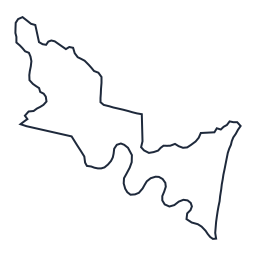 outline of Navegantes, Santa Catarina, Brazil
{"feature_id": "56859067B7965125554274", "entity_name": "Navegantes", "entity_type": "district", "adm_level": 2, "iso_a3": "BRA", "parent_name": "Brazil", "parent_adm1": "Santa Catarina", "projection": "robinson", "projection_center": [-48.723, -26.826], "detail": "fine", "context": "isolated", "style": "outline", "palette": "slate", "viewbox_px": 256, "rotation_deg": 0, "n_neighbors": 0, "source": "geoboundaries", "source_scale": "gbopen_adm2", "svg_char_len": 2187}
<svg xmlns="http://www.w3.org/2000/svg" viewBox="0 0 256 256"><path d="M86.9,165.9L91.2,166.5L94.4,167.7L97.9,168.4L101.2,168.4L104.5,167.4L108.0,164.5L111.0,161.0L112.8,157.4L113.6,153.7L114.2,148.7L116.8,144.8L120.9,143.5L124.2,144.8L128.0,147.8L131.9,155.1L131.7,162.2L129.7,167.7L126.5,173.7L124.0,178.2L123.7,183.4L125.2,188.7L127.3,192.2L130.5,194.7L135.0,194.4L138.9,192.8L142.6,188.5L144.9,184.4L146.8,181.3L150.7,178.2L155.6,176.7L158.9,176.9L162.6,179.0L165.3,182.8L165.8,186.7L164.2,191.6L162.3,196.1L162.3,200.4L164.7,204.4L169.4,206.5L174.3,205.1L178.8,201.6L183.4,199.8L187.6,200.4L190.7,202.9L191.9,206.4L190.5,210.1L187.2,213.4L186.5,219.1L191.7,222.5L197.8,224.2L201.6,226.6L205.6,230.8L207.8,234.1L210.2,237.0L212.9,238.9L216.1,238.6L215.2,232.9L215.6,228.1L216.1,222.0L216.9,216.2L217.6,211.5L218.5,206.4L219.6,201.2L220.1,196.3L221.2,189.4L221.8,184.3L222.7,179.4L223.4,174.7L224.6,169.0L225.8,162.9L226.9,157.4L227.8,152.9L229.2,148.7L230.9,144.9L231.8,141.1L233.3,137.4L235.8,133.8L237.9,129.9L240.6,126.0L237.2,122.2L233.4,122.2L229.6,121.4L226.9,125.0L223.6,126.8L220.8,129.5L216.8,128.3L214.4,132.3L200.8,133.0L198.7,137.8L195.6,141.5L191.0,144.9L187.2,147.4L183.0,147.8L178.7,146.2L175.0,143.9L170.3,145.7L167.0,145.8L163.5,145.7L160.7,147.8L158.1,150.6L153.6,152.1L148.9,152.9L144.0,150.4L141.1,147.2L142.5,141.3L141.8,114.2L137.0,113.4L132.2,112.2L128.5,111.1L123.1,109.7L117.0,108.3L113.4,107.5L109.4,106.3L103.7,104.9L100.5,102.2L100.5,98.0L100.8,93.7L101.0,89.0L101.5,82.9L101.5,77.0L98.4,72.7L94.0,71.0L91.4,67.8L88.8,64.9L84.6,60.7L80.6,58.6L77.7,57.2L74.7,53.2L73.1,47.8L69.3,47.0L65.9,49.1L54.7,41.3L51.3,40.5L48.3,41.6L46.1,44.8L42.6,44.2L39.0,42.1L35.3,25.0L31.0,23.8L27.0,20.6L22.5,17.1L18.1,19.1L15.7,22.8L15.5,28.5L15.4,33.0L16.4,36.9L16.4,42.5L19.8,45.4L22.5,48.2L25.1,51.3L28.9,52.8L30.5,56.6L31.4,61.2L30.8,66.3L29.8,71.2L29.3,75.1L29.5,80.2L32.9,83.9L35.7,85.9L39.1,88.1L40.2,91.9L43.7,93.7L45.8,96.7L46.5,101.5L43.4,104.9L40.2,106.9L37.0,108.5L33.6,111.0L28.6,111.5L24.9,115.7L27.4,119.1L24.7,121.0L20.5,124.2L26.5,126.2L71.6,136.4L77.1,145.2L80.8,150.9L84.3,156.5L85.1,162.6L86.9,165.9Z" fill="none" stroke="#1e293b" stroke-width="2"/></svg>